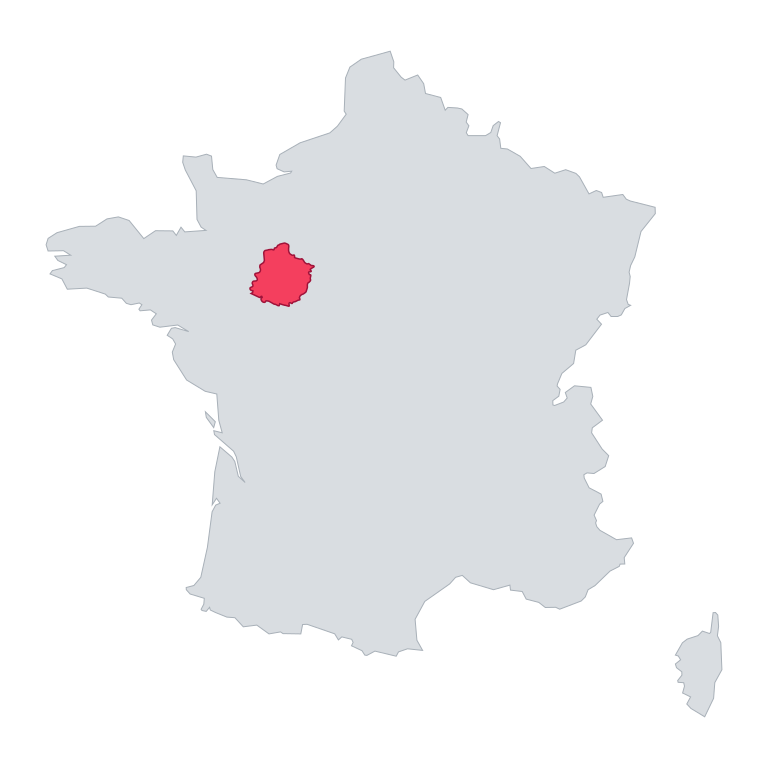 where Sarthe sits in France
{"feature_id": "FRA-5340", "entity_name": "Sarthe", "entity_type": "Metropolitan department", "adm_level": 1, "iso_a3": "FRA", "parent_name": "France", "parent_adm1": "", "projection": "mercator", "projection_center": [0.286, 48.027], "detail": "fine", "context": "in_parent", "style": "filled", "palette": "rose", "viewbox_px": 768, "rotation_deg": 0, "n_neighbors": 0, "source": "natural_earth", "source_scale": "10m", "svg_char_len": 6431}
<svg xmlns="http://www.w3.org/2000/svg" viewBox="0 0 768 768"><path d="M630.6,305.3L624.9,308.5L621.3,314.9L617.7,316.5L611.1,316.5L607.9,312.5L600.0,315.1L596.8,319.2L601.5,324.2L585.8,344.8L575.8,350.2L573.6,363.5L561.9,373.4L557.5,383.9L557.1,386.0L560.1,389.4L558.8,396.2L552.8,400.6L552.9,404.9L554.6,405.5L563.7,402.0L567.2,398.0L565.3,392.5L574.5,385.8L590.9,387.4L592.8,396.4L590.7,404.0L602.5,420.2L592.3,427.8L591.6,432.8L602.1,449.0L608.7,455.7L605.2,466.5L594.0,473.5L587.0,472.9L583.9,474.7L584.2,478.0L589.1,487.8L601.1,494.1L602.9,501.4L599.6,504.1L594.1,515.1L596.5,520.6L595.6,522.9L596.8,526.7L599.9,530.3L616.5,539.7L631.6,537.9L633.5,543.3L624.2,557.6L624.8,564.0L620.1,564.1L619.3,566.3L610.0,571.1L595.1,585.5L588.1,589.7L585.3,596.9L581.2,601.0L559.7,609.2L555.7,607.3L545.3,607.5L538.8,602.4L526.2,599.1L522.2,591.5L510.5,590.1L509.9,585.1L493.5,589.7L470.4,582.8L462.3,575.4L455.6,577.3L449.7,583.9L424.8,601.4L415.1,619.3L416.9,640.2L422.6,650.4L407.5,648.8L398.5,651.9L396.2,656.2L374.9,651.1L366.9,655.4L364.8,655.1L362.0,650.7L351.5,645.8L353.1,642.4L351.7,639.3L341.8,636.9L338.4,639.9L334.7,633.8L307.1,624.3L302.6,624.5L300.8,633.9L283.0,633.6L280.5,631.9L269.0,633.9L256.8,625.1L243.3,626.8L234.9,617.7L226.9,617.1L215.5,612.5L210.3,610.0L209.6,607.3L206.2,611.4L202.0,610.5L201.1,609.3L203.8,604.2L204.3,598.3L190.1,594.0L186.3,589.7L186.2,587.5L193.9,585.5L200.8,577.3L207.4,547.4L212.1,511.8L215.7,505.1L220.1,503.2L216.5,498.3L212.2,504.8L214.8,471.8L219.9,446.8L231.9,457.1L234.8,461.5L238.3,476.3L245.1,482.5L240.7,476.5L236.3,456.8L233.6,451.2L214.5,434.6L213.8,430.7L222.2,432.8L218.8,420.3L216.8,394.0L205.2,391.3L186.6,380.0L173.7,359.7L172.3,352.1L175.6,344.0L172.7,338.9L167.2,335.3L171.4,328.3L175.2,327.6L188.7,331.6L177.7,325.0L159.9,327.2L152.8,324.9L151.5,320.1L156.3,313.8L150.4,309.9L140.1,310.8L138.9,309.2L141.9,304.7L139.3,303.0L131.0,304.7L126.3,303.3L121.8,298.2L108.3,297.0L105.3,294.1L86.8,288.1L67.3,289.2L61.9,278.9L50.0,273.9L52.4,270.6L64.2,267.6L66.5,264.7L57.9,260.5L54.8,256.2L70.7,255.2L63.5,250.7L48.1,251.0L46.1,244.8L48.1,238.4L57.0,232.7L79.3,226.4L95.6,226.2L107.0,218.9L118.4,216.9L129.1,220.5L143.8,238.6L155.5,230.7L172.8,230.9L176.3,235.4L181.0,227.2L184.8,231.9L206.0,230.4L201.1,227.1L197.0,219.4L196.2,190.8L185.3,170.0L182.7,162.3L183.3,155.9L196.0,157.1L206.5,154.2L211.5,156.1L212.8,169.6L217.2,177.4L246.4,179.8L263.2,184.0L277.4,176.4L290.6,173.0L291.7,171.2L284.1,171.9L277.1,168.7L276.1,165.1L279.8,154.5L300.1,142.8L329.8,132.9L337.4,126.2L346.2,114.2L344.2,111.1L345.5,78.0L349.9,67.1L361.3,59.2L390.2,51.2L393.8,61.8L393.6,67.8L401.2,77.2L405.0,80.1L417.7,75.0L423.7,83.7L425.5,93.5L440.7,97.5L445.2,110.2L447.9,107.4L457.5,108.0L461.9,109.0L468.1,114.6L466.2,122.1L468.9,125.8L466.3,132.7L468.1,135.6L485.6,135.6L490.8,132.5L493.2,125.6L498.5,121.5L500.5,122.7L497.1,135.7L499.6,139.0L500.8,148.3L507.4,149.0L520.2,156.3L531.0,168.5L544.3,166.5L554.8,173.2L565.7,169.7L575.9,173.4L579.5,176.9L589.0,193.9L596.3,190.5L601.6,192.5L603.2,197.3L622.8,194.5L626.3,199.2L630.3,201.0L655.1,207.3L655.3,213.6L641.0,231.5L634.8,256.9L630.6,265.6L629.1,272.2L630.2,276.5L629.5,283.4L626.5,299.6L628.2,304.4L630.6,305.3ZM718.6,626.4L717.4,635.8L720.8,642.6L721.9,669.7L714.8,682.6L713.6,698.3L704.7,716.8L691.0,708.5L686.8,704.0L690.6,696.9L682.6,693.0L684.5,686.1L683.7,682.7L678.1,682.3L677.7,680.5L681.9,675.2L681.8,671.8L676.5,667.7L675.4,664.0L680.6,659.8L678.3,656.0L675.4,655.1L682.4,642.8L687.2,639.1L698.0,635.6L702.4,631.1L709.5,633.5L710.7,632.3L713.1,612.7L715.5,612.5L717.8,615.1L718.6,626.4ZM215.3,421.7L213.7,427.6L206.3,417.4L205.4,411.8L215.3,421.7Z" fill="#d9dde1" stroke="#a8b0b8" stroke-width="1"/><path d="M251.1,293.5L252.1,292.9L252.8,292.1L252.9,290.8L251.2,290.4L250.5,289.9L250.0,289.0L250.0,288.0L250.7,287.4L252.3,286.7L252.6,286.5L252.8,286.2L252.9,285.8L252.9,285.3L252.8,284.7L252.4,283.9L252.2,283.4L252.3,282.5L252.7,281.8L253.2,281.3L253.8,281.1L256.1,280.9L256.8,280.5L257.3,279.8L257.3,278.9L256.9,278.0L256.5,277.2L255.2,275.7L254.8,274.8L255.0,273.8L255.2,273.6L255.5,273.4L258.8,272.7L259.6,272.1L260.1,271.5L260.4,270.7L260.5,269.9L260.4,268.9L259.8,267.2L259.8,266.5L259.9,265.6L260.0,265.1L260.3,264.8L263.6,262.5L264.4,260.5L263.7,252.8L264.0,251.7L264.5,251.0L265.1,250.5L267.8,250.0L268.5,249.7L271.3,249.4L271.8,249.4L272.3,249.5L273.2,249.9L273.9,249.8L274.1,249.5L274.3,248.6L274.4,248.2L274.7,248.0L275.0,247.9L275.3,247.8L275.7,247.8L276.2,247.6L276.4,247.5L276.7,247.2L277.0,246.7L277.4,246.0L277.7,245.5L278.2,245.1L278.8,245.0L279.2,244.7L280.0,244.1L284.2,243.1L284.8,243.1L285.6,243.3L287.6,244.2L288.1,244.5L288.5,244.9L288.7,245.5L288.8,246.1L288.8,246.6L288.6,248.5L288.6,250.5L288.8,251.5L289.0,252.2L289.4,253.1L289.9,253.8L290.6,254.3L291.9,255.1L292.8,255.3L293.5,255.1L293.9,255.0L294.2,255.1L294.5,255.7L294.6,256.2L294.6,256.7L294.5,257.3L294.6,257.5L295.3,257.9L299.3,259.0L301.1,259.1L301.2,258.9L301.4,258.8L301.9,258.8L302.5,259.2L303.3,260.2L304.3,261.9L304.7,262.5L305.2,262.9L306.4,263.7L307.3,263.9L308.7,263.6L311.0,265.3L311.5,265.5L312.9,265.6L313.4,265.7L313.8,265.9L314.1,266.3L314.0,266.7L313.6,267.2L312.7,267.6L311.0,268.8L310.4,269.1L310.2,269.4L310.3,270.0L310.6,270.4L310.9,270.6L311.2,271.0L311.2,271.3L310.8,271.7L310.3,271.8L309.3,271.8L308.9,271.9L308.6,272.3L308.6,272.9L308.8,273.4L309.1,273.9L309.2,274.3L309.4,274.6L309.8,274.7L310.6,274.8L310.8,275.2L310.8,275.9L310.4,277.4L310.3,278.2L310.3,278.9L310.6,279.9L310.5,280.5L310.1,281.2L309.0,282.3L308.3,282.7L307.8,283.2L307.5,284.0L307.4,284.6L307.3,285.2L307.4,285.7L307.4,286.2L307.4,286.8L307.4,287.3L307.3,287.8L306.1,291.7L305.7,292.2L305.0,292.8L303.6,293.8L302.6,294.3L302.0,294.4L301.0,295.1L299.9,296.2L299.4,297.7L299.7,298.6L299.8,298.7L299.9,299.1L299.9,299.5L299.7,299.9L299.2,300.0L298.5,300.1L297.9,300.3L295.4,301.6L293.5,302.0L292.8,302.5L292.4,302.9L292.3,303.3L291.9,303.5L291.3,303.3L290.2,302.7L289.7,302.7L289.1,303.1L289.0,303.6L289.0,304.1L289.1,304.5L289.2,305.4L289.3,305.8L289.1,306.1L288.5,306.2L285.8,305.4L284.5,305.2L282.4,304.6L279.7,303.7L279.2,305.6L278.1,305.7L275.6,304.4L274.0,304.1L268.9,301.2L266.4,300.8L266.0,300.9L265.3,302.0L264.2,302.4L263.0,302.1L261.9,301.2L261.2,300.0L261.0,299.2L261.0,298.8L261.1,298.4L261.3,298.2L262.1,297.5L262.2,297.4L261.8,296.4L261.3,296.3L260.0,297.3L259.4,297.4L251.1,293.5Z" fill="#f43f5e" stroke="#9f1239" stroke-width="1.5"/></svg>